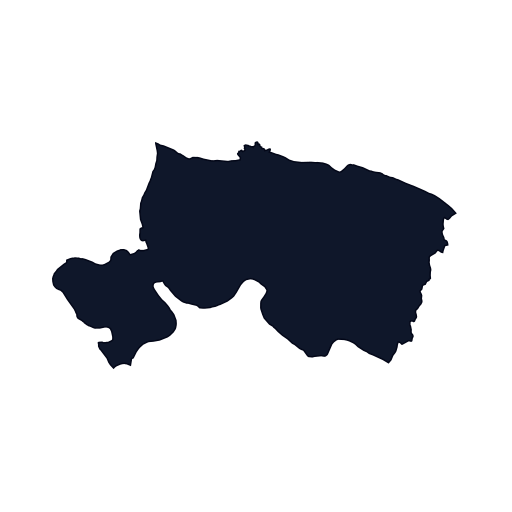 outline of Munshiganj, Dhaka, Bangladesh, rotated 169°
{"feature_id": "16705992B99884694518333", "entity_name": "Munshiganj", "entity_type": "district", "adm_level": 2, "iso_a3": "BGD", "parent_name": "Bangladesh", "parent_adm1": "Dhaka", "projection": "natural_earth1", "projection_center": [90.458, 23.527], "detail": "fine", "context": "isolated", "style": "filled", "palette": "ink", "viewbox_px": 512, "rotation_deg": 169, "n_neighbors": 0, "source": "geoboundaries", "source_scale": "gbopen_adm2", "svg_char_len": 6102}
<svg xmlns="http://www.w3.org/2000/svg" viewBox="0 0 512 512"><g transform="rotate(169 256 256)"><path d="M442.9,286.1L443.4,285.5L446.0,284.5L453.4,280.6L454.6,279.3L457.3,277.1L458.0,275.8L458.9,274.5L459.8,272.6L460.2,269.6L460.1,266.2L459.2,264.2L457.9,262.3L455.8,260.7L454.2,259.8L452.3,257.3L449.3,249.4L444.4,238.7L443.7,236.1L443.5,234.8L442.9,232.9L443.2,231.2L443.1,230.4L442.5,228.8L439.1,225.9L438.4,224.9L437.6,224.3L437.2,223.3L434.7,220.6L433.4,219.7L433.2,219.3L432.4,219.1L429.2,216.8L427.9,216.1L422.9,215.2L418.1,215.3L416.8,215.1L415.7,214.8L413.9,213.8L412.7,212.4L412.0,209.4L411.9,203.9L412.4,201.5L412.9,200.8L413.8,200.3L417.5,199.3L419.6,199.6L420.9,199.5L421.4,199.8L422.3,199.8L423.3,200.6L424.0,200.8L426.6,201.1L427.2,201.0L427.3,200.4L427.3,198.7L427.6,197.8L427.6,197.2L426.9,194.4L426.2,193.5L421.6,184.1L420.7,179.8L419.6,177.1L417.2,173.2L416.0,174.1L414.0,175.0L409.8,175.9L407.5,176.0L404.8,175.6L404.6,175.3L403.3,174.9L400.1,172.8L397.9,178.8L397.4,179.2L396.2,179.4L395.8,179.8L391.9,184.9L389.2,187.5L387.9,188.6L383.8,191.1L379.5,192.3L377.7,192.6L372.9,192.1L366.7,192.0L358.4,193.6L355.8,194.7L351.8,197.3L349.3,199.9L348.7,200.9L347.7,203.4L347.3,205.0L346.9,208.1L347.9,214.0L349.4,217.4L350.6,219.4L351.1,221.3L352.3,223.9L354.4,227.6L356.9,230.9L359.5,235.8L362.3,242.5L362.8,244.3L363.0,246.0L362.2,248.1L360.8,249.3L358.4,249.6L355.1,249.2L353.0,249.4L352.1,249.1L351.2,246.3L350.3,244.3L348.5,242.5L347.6,241.2L346.5,238.6L342.7,231.9L337.6,226.1L336.1,224.8L335.0,224.2L332.7,222.9L331.8,222.9L328.5,221.2L323.6,219.0L322.4,217.8L321.2,216.0L317.7,215.0L315.9,214.7L310.8,214.2L309.0,214.5L305.6,214.5L302.8,215.0L302.0,215.4L300.9,215.3L292.8,217.3L288.1,219.5L285.7,220.9L282.3,224.3L276.8,230.7L273.9,233.0L272.2,234.0L270.2,234.8L266.0,234.9L263.8,234.2L261.7,233.0L257.9,229.9L256.4,227.7L253.1,224.2L251.7,220.7L251.8,219.5L253.1,217.3L255.9,214.3L259.0,211.4L259.7,210.4L260.2,208.8L261.1,204.5L261.2,203.0L260.5,197.5L259.7,193.5L255.7,186.6L252.7,183.9L252.1,182.7L250.8,181.2L248.6,177.7L245.1,173.2L240.7,168.7L236.9,163.5L234.7,161.7L230.8,157.0L229.3,155.8L227.2,154.5L224.4,148.4L223.6,147.4L220.0,146.3L217.7,146.4L211.0,145.8L208.0,144.7L206.9,144.7L205.2,145.6L204.6,146.2L198.4,155.2L196.3,156.9L193.3,158.4L191.3,158.8L185.3,157.3L182.5,156.1L180.4,154.9L176.9,152.3L175.1,150.5L173.0,147.5L168.2,142.9L165.3,140.9L163.4,138.8L160.0,136.7L151.1,130.3L146.3,126.0L143.4,128.3L140.7,132.4L138.1,134.7L136.9,136.1L135.0,139.8L134.3,141.9L133.0,144.4L132.5,144.4L131.5,143.9L130.8,143.4L129.7,141.7L129.3,141.6L122.5,143.8L121.1,143.4L120.0,142.8L119.3,143.1L118.4,145.5L117.3,147.0L117.2,147.6L117.3,148.6L118.0,149.9L118.4,151.1L118.2,152.5L117.8,154.0L117.8,157.8L118.2,158.7L117.6,161.6L117.1,162.3L116.1,162.7L114.6,162.3L113.8,161.6L113.2,161.7L112.8,162.0L111.7,163.8L110.5,164.9L110.1,165.7L110.0,167.6L110.2,170.3L109.6,172.3L107.5,173.6L105.4,175.9L103.4,177.4L102.0,179.3L101.8,180.6L101.9,182.6L101.0,185.5L101.1,186.8L101.7,189.0L101.8,189.9L101.5,190.5L99.6,191.9L98.3,195.1L97.4,195.7L95.3,196.0L93.4,198.5L90.9,199.1L90.4,200.2L89.6,200.4L89.1,200.8L88.8,203.9L88.0,207.1L87.2,209.0L87.1,210.8L87.5,213.8L87.4,216.8L86.8,218.6L86.4,221.2L86.0,222.1L84.7,223.0L79.6,224.8L76.9,227.1L75.3,226.5L73.4,224.5L72.1,223.9L71.5,225.4L68.7,230.2L65.7,230.3L65.6,231.5L65.7,233.2L66.0,234.1L66.6,234.8L68.2,235.9L68.2,238.3L68.9,241.1L69.0,242.9L68.9,244.2L68.5,245.2L66.5,247.1L66.6,249.6L66.4,251.6L65.2,255.8L64.5,257.1L63.6,257.8L61.4,255.6L60.5,255.3L58.8,256.2L56.5,258.1L51.8,259.9L54.8,265.0L57.6,268.6L65.1,277.2L69.2,281.1L71.9,283.1L74.4,284.4L77.9,287.2L87.0,293.5L95.4,298.8L102.2,303.7L103.9,304.5L106.7,306.6L109.7,307.7L113.0,310.0L113.8,310.1L115.6,311.4L116.5,312.6L118.4,313.9L122.8,315.3L125.4,316.4L126.6,317.2L128.4,317.8L134.4,322.2L139.5,324.8L142.8,326.8L143.6,326.7L146.0,327.8L148.0,327.6L149.3,326.9L152.3,324.7L156.1,322.6L157.7,322.2L158.7,322.6L162.4,325.2L165.2,328.2L167.2,331.0L167.9,331.6L169.7,332.8L172.8,334.4L177.6,335.8L180.3,336.3L184.2,337.4L193.3,338.9L200.9,341.3L205.2,343.7L208.5,346.8L210.6,348.3L214.8,350.9L217.1,351.9L221.0,354.3L223.1,355.4L221.9,357.3L221.7,358.0L221.9,358.4L223.5,358.3L225.0,357.7L226.5,357.9L227.2,357.7L227.6,359.5L228.1,359.9L229.8,360.4L229.7,361.7L230.3,362.0L231.2,363.1L231.2,364.7L231.6,365.2L231.9,365.4L232.7,364.8L232.9,365.0L232.9,365.9L232.6,367.1L233.0,367.6L233.5,367.7L234.9,367.4L235.2,366.8L235.5,365.2L236.0,364.5L236.3,364.1L237.5,363.9L238.1,363.2L238.5,363.9L240.0,364.1L240.4,364.6L242.3,365.5L242.5,365.9L245.0,366.9L246.4,366.6L246.4,364.2L246.8,363.9L246.4,362.1L246.7,361.8L249.1,361.0L249.5,361.3L249.7,362.2L250.1,362.5L250.6,362.4L251.8,361.8L252.8,361.9L253.1,360.8L254.4,360.0L254.4,359.1L252.7,356.1L252.6,355.3L253.2,353.4L257.8,353.4L261.8,354.0L265.4,354.0L275.9,357.1L279.4,357.4L281.7,357.9L289.1,361.0L292.4,362.8L294.5,363.7L299.3,364.7L302.1,363.9L303.4,364.0L305.8,365.5L308.7,368.5L309.3,368.9L311.0,370.6L312.0,370.9L313.3,371.7L315.9,375.0L317.0,375.9L325.7,381.6L328.7,382.9L329.6,383.5L330.5,384.5L332.8,386.0L332.9,385.5L332.8,378.3L333.0,375.5L334.2,372.1L335.1,368.5L336.6,365.8L338.0,362.2L339.3,360.1L341.0,358.5L343.9,352.4L344.6,351.5L345.5,349.8L347.0,347.9L351.0,341.4L353.0,339.2L354.4,337.1L356.3,335.0L358.0,331.4L359.0,329.8L360.4,324.6L361.5,322.3L362.3,313.9L361.5,309.0L361.4,305.6L361.5,305.4L362.1,305.2L363.2,305.3L364.6,304.6L365.4,300.9L366.1,298.8L366.4,296.6L366.3,295.0L365.5,293.3L364.7,292.8L363.7,292.6L361.2,292.6L361.2,290.6L360.9,289.6L360.2,285.1L360.4,283.3L361.0,283.0L365.3,282.7L368.4,283.3L369.9,284.3L370.5,283.9L371.3,283.8L372.9,282.5L374.9,281.6L379.1,281.2L379.5,281.3L380.6,283.9L382.1,286.0L384.6,287.4L387.7,287.9L388.7,287.6L391.3,287.3L395.6,285.7L398.5,282.6L399.1,280.1L399.6,279.2L401.3,277.9L406.3,276.4L408.6,276.2L411.1,276.8L414.4,278.4L415.5,279.0L417.9,281.1L424.0,284.9L426.8,286.3L428.7,286.6L430.5,287.7L431.1,287.7L434.1,288.6L435.2,288.5L436.7,288.8L438.7,288.7L442.5,288.0L442.9,286.1Z" fill="#0f172a" stroke="#020617" stroke-width="1.5"/></g></svg>